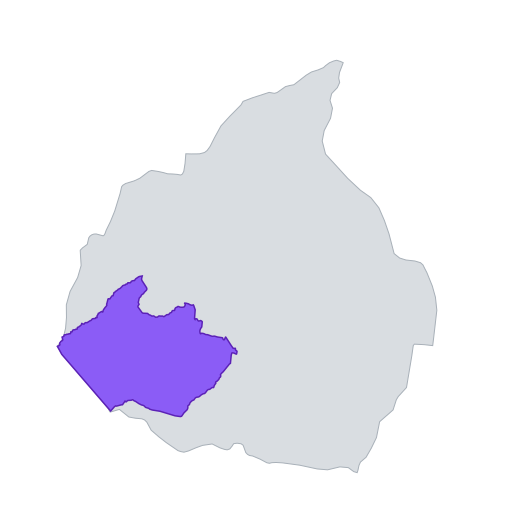 where Masvingo sits in Zimbabwe, rotated 97°
{"feature_id": "ZWE-532", "entity_name": "Masvingo", "entity_type": "Province", "adm_level": 1, "iso_a3": "ZWE", "parent_name": "Zimbabwe", "parent_adm1": "", "projection": "albers", "projection_center": [30.801, -20.777], "detail": "fine", "context": "in_parent", "style": "filled", "palette": "violet", "viewbox_px": 512, "rotation_deg": 97, "n_neighbors": 0, "source": "natural_earth", "source_scale": "10m", "svg_char_len": 8158}
<svg xmlns="http://www.w3.org/2000/svg" viewBox="0 0 512 512"><g transform="rotate(97 256 256)"><path d="M369.8,442.3L365.2,439.2L358.9,437.1L350.9,436.2L340.4,436.6L327.6,438.3L313.8,436.2L299.1,430.4L286.8,428.4L272.2,431.1L271.6,431.1L269.1,429.2L265.0,424.9L258.3,424.2L256.5,423.2L255.0,421.6L254.0,419.6L253.6,417.3L254.6,410.2L254.0,409.4L252.2,408.6L248.6,407.8L239.7,404.7L228.6,401.7L210.6,398.5L203.6,397.8L202.0,396.8L199.9,394.2L196.3,386.1L193.0,380.8L185.1,372.6L183.8,370.0L184.0,363.4L184.5,358.1L185.2,353.6L184.8,349.3L184.6,344.1L184.8,340.6L183.7,339.1L180.8,338.0L172.8,337.7L163.1,338.1L162.6,332.8L161.5,324.6L159.6,319.8L157.3,317.4L152.8,314.9L143.6,311.6L131.1,306.6L120.3,298.9L107.9,289.3L104.1,287.7L99.3,278.6L92.0,262.9L92.3,257.6L91.2,255.0L84.3,247.4L82.7,243.4L81.4,239.3L70.4,228.2L66.6,223.4L63.7,217.0L60.8,212.0L58.4,210.0L55.2,206.6L53.0,202.7L51.9,199.8L52.6,195.8L53.5,193.0L63.7,195.5L69.3,195.6L73.6,194.1L79.0,195.8L85.6,200.7L92.5,201.5L100.0,198.1L110.2,198.8L123.2,203.6L133.8,204.3L146.4,199.4L157.4,186.5L167.8,174.4L178.0,160.4L184.1,149.1L193.2,139.9L205.3,132.8L217.8,126.7L236.8,119.2L240.5,113.2L241.7,106.7L241.6,97.7L242.6,91.9L244.5,89.2L247.7,87.1L251.8,84.3L264.4,77.3L275.0,72.9L287.8,69.9L302.0,69.8L315.6,69.7L323.4,69.7L323.5,78.3L324.2,88.1L325.7,89.0L335.9,89.2L352.3,89.9L368.2,90.6L378.2,97.7L381.6,99.2L392.1,101.2L405.4,113.1L421.5,114.3L432.6,118.1L442.3,122.2L447.8,127.2L451.4,128.3L456.3,128.7L458.7,129.2L458.1,132.7L454.8,138.6L455.1,147.1L459.5,158.9L459.9,169.2L458.3,187.2L458.1,204.7L458.5,211.0L459.2,215.1L460.1,217.4L459.9,220.0L457.1,227.3L454.9,235.0L454.8,238.1L453.9,240.3L452.3,242.2L445.4,245.7L444.2,247.9L444.1,251.9L445.0,255.3L447.5,256.5L450.7,258.5L451.9,261.0L451.8,263.6L450.8,268.5L447.9,276.6L450.5,286.0L453.6,292.1L457.7,299.2L459.5,303.6L459.3,306.7L458.7,309.7L452.1,322.4L447.4,330.3L441.7,338.8L434.2,344.1L432.3,346.6L431.5,349.5L431.7,355.9L431.3,362.6L424.9,372.9L428.7,381.7L427.8,382.6L425.7,383.8L416.5,393.7L407.3,403.7L400.6,411.0L392.9,419.3L384.4,428.7L377.1,436.7L369.8,442.3Z" fill="#d9dde1" stroke="#a8b0b8" stroke-width="1"/><path d="M366.5,440.3L366.1,440.1L365.3,439.6L364.9,439.5L364.5,439.2L363.5,437.9L362.9,437.6L362.2,437.7L360.5,438.5L360.1,438.6L359.4,437.2L359.2,437.0L358.3,436.9L357.9,436.8L357.6,436.6L357.5,436.2L357.4,435.5L357.3,435.1L356.7,434.3L356.6,433.9L356.6,433.2L356.0,432.2L355.8,431.0L355.6,430.8L355.2,430.6L354.9,430.6L354.0,430.6L353.8,430.5L353.8,429.8L353.8,429.5L353.5,429.3L353.0,429.1L352.2,429.0L352.0,428.8L351.7,428.5L351.5,428.0L351.3,427.0L351.2,426.7L350.6,425.9L350.5,425.6L350.5,425.0L350.3,424.7L350.1,424.5L349.6,424.5L349.0,424.6L348.7,424.5L348.5,424.3L348.2,423.6L348.0,423.2L347.4,422.8L347.1,422.4L346.8,422.0L346.4,421.6L345.7,421.1L345.3,420.9L344.8,420.8L344.3,420.8L344.1,420.6L344.2,420.4L344.5,419.9L344.5,419.4L344.5,419.1L344.6,418.8L344.6,418.5L344.4,418.3L343.5,417.8L343.2,417.5L342.8,416.8L342.8,416.5L342.8,415.9L342.8,415.6L340.4,412.7L340.3,412.3L340.1,412.0L339.8,411.7L338.5,410.9L338.3,410.7L337.8,409.1L337.7,408.5L337.7,408.2L337.5,407.9L336.8,407.6L336.6,407.4L336.7,406.7L336.6,406.4L336.1,406.2L335.6,406.4L335.3,406.5L335.0,406.5L333.8,406.0L333.2,405.7L332.9,405.6L332.4,405.6L332.1,405.5L331.7,404.7L331.4,404.4L330.4,403.2L330.0,402.6L329.9,402.4L330.0,402.2L330.3,401.7L330.2,401.3L329.8,401.1L328.7,401.1L327.2,400.5L326.7,400.1L325.6,399.6L324.4,398.7L323.2,398.1L322.8,398.1L322.1,398.4L321.8,398.4L321.2,398.2L317.1,397.7L316.7,397.6L316.5,397.4L316.4,397.2L316.4,396.1L316.4,395.9L316.2,395.6L315.9,395.5L315.5,395.4L315.1,395.2L314.1,394.6L313.4,394.3L313.2,394.1L312.9,393.4L312.8,393.0L312.3,392.9L311.3,392.8L310.6,392.6L310.4,392.6L310.0,392.6L309.8,392.6L309.6,392.4L309.4,392.0L309.1,391.7L308.8,391.4L308.4,391.3L308.2,391.0L307.9,390.7L307.4,390.0L306.5,389.1L305.9,388.8L305.7,388.5L304.8,387.0L304.0,386.3L303.4,385.9L302.6,385.2L301.8,384.8L301.3,384.0L300.5,382.1L300.3,381.9L299.7,381.6L299.6,381.4L299.5,380.7L299.4,380.5L299.2,380.3L298.8,380.1L298.3,380.0L298.2,379.9L298.1,379.5L298.0,378.0L297.9,377.6L297.7,377.3L297.2,377.0L296.9,376.9L296.5,376.8L296.2,376.5L295.9,376.0L295.4,374.9L295.3,374.4L295.3,374.1L295.3,373.9L295.1,373.6L293.3,372.6L290.9,369.9L290.5,369.1L289.7,366.5L292.3,366.8L293.3,366.7L294.4,366.1L300.5,361.0L301.1,360.6L301.6,360.4L302.2,360.3L302.8,360.4L303.1,360.5L303.5,360.7L303.8,361.0L304.9,361.8L305.2,362.1L305.6,362.4L306.9,363.0L307.2,363.2L308.0,364.3L308.5,364.7L309.1,365.1L310.3,365.4L310.6,365.6L311.4,366.4L311.9,366.7L313.7,367.0L314.6,367.0L316.0,367.2L316.4,367.2L316.6,367.1L316.8,367.0L317.4,366.7L318.0,366.3L318.1,366.2L318.4,366.2L319.4,366.8L320.1,367.0L320.4,367.1L320.9,367.0L326.0,362.3L326.4,361.7L326.5,360.8L326.2,356.8L326.3,356.4L326.5,356.2L327.0,355.5L327.2,355.1L327.4,354.8L327.6,353.5L328.2,352.4L328.3,351.8L328.0,350.6L328.0,350.3L328.2,349.6L328.9,348.4L329.0,348.2L329.0,347.8L328.8,347.3L328.6,346.3L327.6,345.4L327.4,345.1L327.3,344.5L327.2,344.2L327.3,343.2L327.3,342.9L327.0,342.0L327.0,341.6L327.1,341.2L327.3,340.5L327.4,340.1L327.3,339.8L325.1,337.4L325.0,336.8L324.9,336.1L324.8,335.8L324.7,335.6L324.5,335.4L323.1,334.5L322.8,334.0L322.4,333.2L322.2,333.0L322.0,332.9L321.1,332.7L320.6,332.4L320.3,332.0L320.1,331.4L320.1,330.5L320.0,330.3L319.8,330.2L319.5,330.1L318.5,330.0L317.9,329.9L317.4,329.6L316.9,329.1L316.1,327.8L315.9,327.6L315.7,327.5L315.6,327.2L315.6,326.6L316.0,325.3L316.0,324.2L315.9,323.1L315.7,322.2L315.5,321.5L315.2,321.1L314.5,320.7L313.7,320.4L312.8,320.3L311.9,320.9L311.6,321.1L311.4,321.0L311.4,319.4L311.7,317.1L312.3,315.9L312.7,314.0L312.6,313.2L312.4,312.8L312.1,312.4L312.3,312.1L312.7,311.8L316.6,309.9L316.9,309.8L325.3,309.4L325.9,309.3L326.2,309.0L325.7,309.0L325.6,308.9L325.6,308.6L325.8,308.1L325.6,307.7L325.7,306.9L325.9,306.7L327.1,305.8L327.5,305.2L327.5,304.9L327.3,304.3L327.2,303.8L327.0,303.5L326.8,303.0L326.9,302.7L327.5,301.6L327.9,301.3L332.4,301.2L332.9,301.2L333.3,301.3L334.7,302.1L336.2,302.5L336.9,302.6L337.5,302.6L339.1,302.2L339.8,301.8L339.9,301.6L339.9,301.3L339.5,301.0L339.4,300.9L339.3,300.0L339.3,299.3L339.4,298.3L340.0,296.6L340.1,296.2L340.0,294.9L340.0,294.4L341.0,290.0L341.0,289.4L340.9,288.9L340.7,288.1L340.6,287.2L341.1,284.3L341.2,279.7L341.3,279.3L341.6,279.0L342.2,278.8L342.9,278.3L343.1,277.9L343.1,277.5L342.8,277.2L342.4,277.0L340.8,276.6L340.5,276.5L340.2,276.3L340.3,276.0L340.8,275.6L348.0,269.6L350.3,267.5L350.4,266.3L350.2,265.8L350.1,265.4L350.2,265.2L351.3,265.0L351.7,264.8L352.1,264.4L352.6,263.5L353.0,263.2L353.5,263.2L355.3,263.3L355.7,263.4L355.7,264.1L355.6,264.5L355.4,264.8L355.4,265.1L355.2,265.6L355.0,266.2L355.0,266.9L355.0,267.6L355.1,267.9L355.3,268.2L357.5,268.5L365.7,268.3L366.4,269.2L374.8,274.4L376.7,276.0L377.4,276.4L378.0,276.8L378.3,276.8L378.6,276.7L379.1,276.4L379.5,276.4L380.0,276.4L380.3,276.5L380.5,276.6L381.1,277.2L381.3,277.4L381.6,277.5L382.6,277.7L383.2,278.0L384.9,279.3L385.7,280.4L386.1,280.6L386.4,280.7L387.2,280.4L387.6,280.5L388.3,281.0L389.4,281.5L390.0,281.7L391.2,281.9L391.6,282.0L391.8,282.2L391.8,283.0L391.9,283.4L392.2,283.9L393.8,285.5L394.0,285.7L394.3,287.0L394.5,287.3L395.0,287.8L395.3,288.1L397.7,289.4L398.3,289.9L398.7,290.2L399.2,291.6L399.5,292.1L400.6,293.5L402.3,295.0L402.9,295.9L403.5,297.9L403.7,298.2L404.1,298.8L404.7,299.2L406.0,299.9L406.4,300.1L406.6,300.4L407.0,301.2L407.4,301.7L408.2,302.5L409.3,303.3L410.0,303.7L411.6,304.0L411.9,304.3L412.7,305.1L413.0,305.3L413.3,305.4L414.5,305.2L415.6,305.2L416.4,305.4L417.1,305.7L420.5,308.4L423.2,309.8L424.2,310.4L424.3,310.9L424.6,311.4L424.5,316.9L421.8,332.4L421.5,340.2L421.0,342.8L420.3,343.9L419.7,347.2L418.6,348.5L418.1,349.4L417.9,350.4L417.8,351.5L416.8,354.3L415.0,357.8L414.7,359.0L414.5,359.5L413.7,360.8L413.8,361.3L414.2,361.9L414.4,362.4L414.9,365.0L415.0,365.5L415.3,366.0L416.5,366.9L416.6,367.5L416.0,368.3L419.6,370.2L419.9,370.4L420.2,371.7L422.0,376.2L421.9,377.1L422.8,378.1L427.6,381.4L377.3,436.8L369.9,442.1L368.7,440.3L368.2,439.9L367.7,439.9L366.9,440.2L366.5,440.3Z" fill="#8b5cf6" stroke="#5b21b6" stroke-width="1.5"/></g></svg>